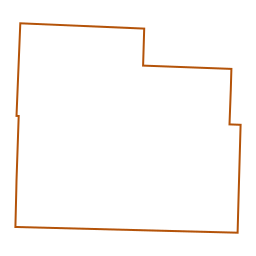 outline of Cedar, Missouri, United States of America
{"feature_id": "52423323B54382841940119", "entity_name": "Cedar", "entity_type": "district", "adm_level": 2, "iso_a3": "USA", "parent_name": "United States of America", "parent_adm1": "Missouri", "projection": "equal_earth", "projection_center": [-93.826, 37.737], "detail": "fine", "context": "isolated", "style": "outline", "palette": "amber", "viewbox_px": 256, "rotation_deg": 0, "n_neighbors": 0, "source": "geoboundaries", "source_scale": "gbopen_adm2", "svg_char_len": 296}
<svg xmlns="http://www.w3.org/2000/svg" viewBox="0 0 256 256"><path d="M237.6,232.7L238.6,195.5L240.6,124.8L229.5,124.4L230.8,89.5L231.4,68.9L143.1,65.6L144.2,28.6L20.3,23.3L16.5,115.9L18.7,116.0L16.5,180.6L16.3,189.9L15.4,227.0L237.6,232.7Z" fill="none" stroke="#b45309" stroke-width="2"/></svg>